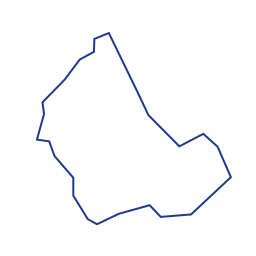 the Metropolitan Borough of Kirklees, rotated 79°
{"feature_id": "GBR-5671", "entity_name": "Kirklees", "entity_type": "Metropolitan Borough", "adm_level": 1, "iso_a3": "GBR", "parent_name": "United Kingdom", "parent_adm1": "", "projection": "mercator", "projection_center": [-1.78, 53.64], "detail": "fine", "context": "isolated", "style": "outline", "palette": "blue", "viewbox_px": 256, "rotation_deg": 79, "n_neighbors": 0, "source": "natural_earth", "source_scale": "10m", "svg_char_len": 452}
<svg xmlns="http://www.w3.org/2000/svg" viewBox="0 0 256 256"><g transform="rotate(79 128 128)"><path d="M122.0,219.6L98.1,207.7L86.5,207.1L68.7,181.3L51.6,162.3L46.7,146.9L34.1,144.0L31.1,128.7L96.1,111.4L119.1,105.6L155.8,81.1L148.1,55.2L163.5,43.6L195.9,36.4L224.9,82.6L221.5,112.8L207.9,121.5L210.4,153.1L216.5,176.8L209.9,184.8L184.0,194.6L166.4,191.2L141.5,205.5L126.1,207.9L122.0,219.6Z" fill="none" stroke="#1e3a8a" stroke-width="2"/></g></svg>